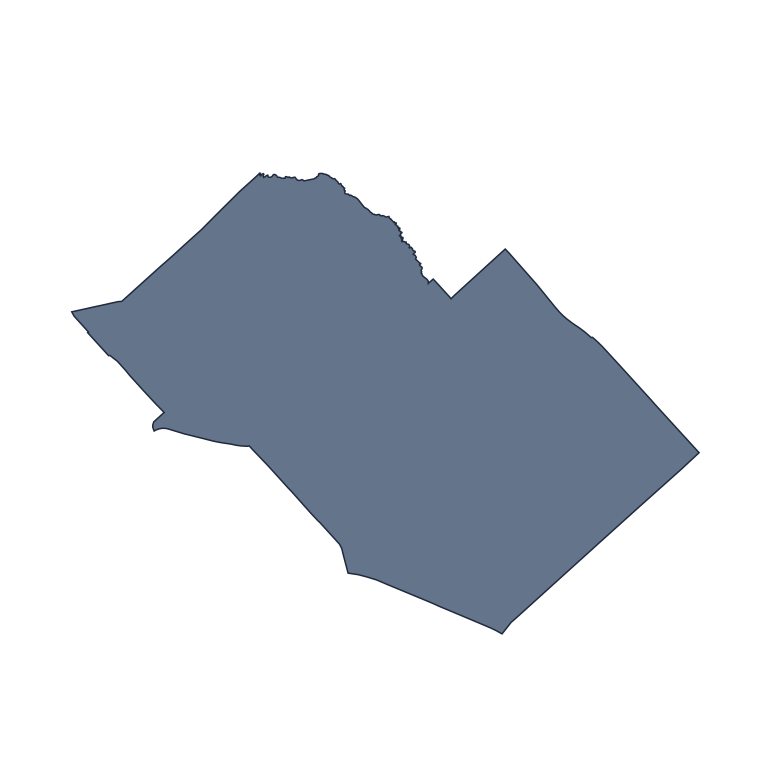 Greater Dandenong, Victoria, Australia (Mercator projection), rotated 309°
{"feature_id": "25037944B63075132073997", "entity_name": "Greater Dandenong", "entity_type": "district", "adm_level": 2, "iso_a3": "AUS", "parent_name": "Australia", "parent_adm1": "Victoria", "projection": "mercator", "projection_center": [145.221, -38.001], "detail": "fine", "context": "isolated", "style": "filled", "palette": "slate", "viewbox_px": 768, "rotation_deg": 309, "n_neighbors": 0, "source": "geoboundaries", "source_scale": "gbopen_adm2", "svg_char_len": 5989}
<svg xmlns="http://www.w3.org/2000/svg" viewBox="0 0 768 768"><g transform="rotate(309 384 384)"><path d="M499.4,200.5L493.2,195.4L492.7,195.1L491.5,193.9L491.4,193.5L491.5,192.6L491.3,192.0L491.3,191.6L489.1,190.4L488.5,189.4L488.0,188.9L488.0,188.1L488.1,187.1L488.7,184.7L488.2,184.1L485.8,182.3L485.6,182.0L485.3,180.2L485.1,179.9L484.3,179.5L483.8,178.0L483.7,177.8L483.7,177.6L483.5,177.3L483.1,177.0L482.8,177.0L481.8,177.6L481.5,177.6L480.6,176.2L480.1,175.7L479.9,175.6L479.7,175.2L479.4,174.6L479.2,173.6L479.0,172.9L478.3,171.9L478.0,171.7L477.7,171.0L477.8,170.5L478.2,169.9L478.4,169.4L478.2,167.6L478.0,167.2L477.9,166.9L477.0,166.2L476.3,166.4L475.5,166.4L474.1,166.2L473.5,165.9L472.3,164.6L472.2,164.1L472.2,163.7L472.3,163.5L473.2,162.3L473.2,162.2L472.0,161.5L471.4,161.3L470.6,161.3L468.9,160.5L469.0,160.4L469.3,160.0L469.4,159.6L469.9,159.0L470.8,158.9L471.2,158.8L471.5,158.4L471.6,158.1L471.3,158.0L470.9,157.5L469.8,156.8L469.5,156.8L468.4,157.3L468.2,157.2L468.0,156.9L468.0,156.7L468.3,156.1L468.5,155.9L469.3,155.6L469.6,155.3L469.9,154.9L469.7,154.7L469.4,154.6L468.4,154.6L461.4,153.6L443.2,150.7L409.2,147.0L389.2,145.0L365.9,141.3L350.9,139.1L335.3,136.4L283.2,128.2L280.8,125.6L243.6,95.9L243.2,96.7L241.7,100.5L241.5,101.7L238.4,121.6L237.4,121.4L232.7,152.1L233.7,153.1L233.8,158.9L233.9,162.0L233.8,162.9L231.9,174.9L231.2,178.1L230.5,181.6L227.3,202.3L225.0,218.4L223.5,231.0L209.7,228.9L207.1,229.9L206.2,230.4L205.3,231.1L204.7,231.8L203.9,233.0L202.8,235.0L204.3,235.5L207.5,237.4L210.0,239.5L211.9,242.0L213.1,244.2L219.7,260.5L232.3,287.5L234.1,291.0L236.8,295.9L238.5,298.7L241.1,303.2L243.5,307.9L244.9,310.2L246.0,312.0L249.3,316.6L249.9,317.3L250.5,317.7L251.1,318.0L250.3,323.2L247.5,345.2L242.8,375.4L242.2,380.2L237.6,408.0L236.0,419.7L236.1,420.5L231.5,450.3L229.5,454.8L225.6,459.9L214.4,475.1L219.6,484.0L223.0,491.5L227.0,501.4L230.5,513.6L244.0,559.3L246.4,568.4L253.8,593.7L254.8,597.1L261.5,620.4L262.7,625.4L264.1,633.0L278.7,632.8L285.7,634.0L395.9,651.2L448.9,659.6L504.3,668.6L528.9,672.1L538.8,606.6L539.5,602.8L546.7,556.0L550.4,530.9L551.1,524.4L551.5,516.7L550.5,515.7L550.8,507.9L550.6,501.3L549.8,492.1L549.6,485.4L549.8,479.6L550.3,475.0L551.7,467.5L556.6,444.3L557.4,440.4L564.4,399.2L565.2,393.3L550.3,391.0L498.9,383.2L494.4,382.6L492.5,382.5L492.7,381.7L494.5,369.8L495.3,364.6L496.5,356.2L496.1,356.1L490.1,355.1L491.1,354.4L491.4,353.9L491.8,353.2L491.9,353.3L492.3,352.0L492.4,351.0L492.4,349.8L492.3,348.2L492.4,347.0L492.4,346.3L492.7,345.4L492.9,344.8L493.1,344.4L493.5,344.2L493.5,343.9L493.5,343.4L493.6,343.0L493.8,342.9L494.4,342.9L494.8,342.8L495.0,342.4L495.2,341.7L495.8,341.3L496.2,341.1L497.2,341.1L497.5,341.0L498.1,340.6L498.6,340.2L498.7,339.5L498.6,337.9L498.6,337.5L498.8,336.9L498.9,336.6L499.2,336.5L499.5,336.5L500.2,336.9L500.5,336.9L500.8,336.7L500.5,335.9L500.5,335.2L501.0,329.8L502.8,329.4L503.6,327.3L503.5,326.5L503.1,325.6L503.1,325.4L503.1,325.2L503.4,325.0L504.0,324.8L504.3,324.9L505.1,325.3L505.6,325.4L506.2,325.3L506.5,325.0L506.6,324.7L506.2,322.8L506.2,321.9L506.4,321.6L507.1,320.9L507.2,319.9L507.3,318.9L507.2,318.8L506.8,318.7L505.9,318.2L505.7,318.0L505.7,317.9L505.9,317.7L506.4,317.7L506.8,317.5L507.6,316.6L508.0,315.8L507.9,315.3L507.9,314.9L507.2,313.6L507.2,313.2L507.3,312.7L507.3,312.4L507.5,312.2L508.1,312.1L508.3,311.7L508.2,311.6L507.8,311.5L507.6,311.3L507.5,310.3L507.2,309.5L507.1,309.4L506.6,309.2L506.0,308.3L505.9,308.0L506.1,307.8L506.4,307.6L507.2,307.8L507.7,307.7L509.1,307.1L509.7,306.6L509.8,306.4L509.7,306.2L509.2,305.8L508.7,306.3L508.3,306.5L508.0,306.6L507.8,306.5L507.9,306.2L508.3,305.2L508.7,304.9L509.4,304.5L509.7,304.1L509.7,303.8L509.6,303.6L509.0,303.1L508.9,302.8L509.4,302.7L510.1,303.2L510.3,303.1L510.9,302.6L511.4,302.3L511.9,302.4L512.6,302.8L512.8,302.8L513.0,302.6L513.1,302.4L513.1,302.2L512.8,301.6L512.9,301.2L512.9,300.3L513.1,299.5L513.0,299.3L512.7,299.1L512.8,298.7L513.2,298.5L514.0,298.8L514.4,298.8L514.9,298.5L515.1,298.2L515.1,297.9L515.0,297.6L514.7,297.3L514.2,297.2L514.1,296.8L514.2,296.6L515.3,295.6L515.3,295.4L515.0,294.6L515.3,293.7L515.3,293.3L515.1,292.6L515.1,292.3L515.4,292.2L516.3,292.5L516.6,292.4L516.8,292.2L516.6,291.6L516.3,291.0L515.8,290.4L516.4,290.0L516.1,289.7L515.9,289.1L516.0,288.3L516.2,287.3L516.1,287.0L516.1,286.9L516.3,286.2L516.5,285.9L516.5,285.3L516.3,284.1L516.4,283.9L516.8,283.0L517.1,282.7L517.3,282.4L516.2,281.4L515.5,281.0L515.0,280.5L514.8,279.7L514.7,278.6L514.2,277.3L514.1,277.0L513.0,276.1L512.7,275.6L512.6,274.7L512.9,274.3L512.7,273.5L512.5,273.2L512.1,273.0L511.5,272.3L511.2,272.1L510.8,272.0L510.6,271.7L509.9,270.6L509.8,270.2L509.9,269.8L509.8,269.7L509.5,269.4L509.3,268.9L508.9,268.1L509.2,267.5L509.0,266.6L509.2,266.3L509.0,265.0L509.1,264.6L509.3,264.0L509.4,263.6L509.4,263.2L509.4,262.5L509.6,261.9L509.4,260.9L509.4,259.9L508.9,257.8L508.9,257.5L509.6,254.4L509.7,253.5L510.0,252.6L511.1,247.7L511.2,246.2L511.0,244.1L510.7,243.1L510.2,242.2L510.1,241.7L510.1,240.7L509.9,239.5L509.8,239.3L509.3,239.0L508.9,238.8L508.8,238.6L508.8,238.4L509.2,237.1L509.2,236.8L508.0,235.4L507.8,234.9L507.6,234.3L507.7,233.4L508.0,233.0L508.5,232.7L509.4,232.5L509.7,232.2L509.5,231.5L509.6,231.2L510.6,230.3L511.4,230.2L511.1,229.1L511.6,227.9L511.3,227.2L511.7,226.5L511.6,226.2L511.7,225.8L512.0,225.2L512.4,224.7L512.5,224.3L512.5,224.1L512.3,224.0L511.5,223.6L511.2,223.1L511.1,222.9L511.2,222.4L511.8,221.4L511.9,220.9L512.1,219.8L512.0,219.0L512.3,218.0L512.5,217.0L512.5,216.5L512.4,216.2L511.6,215.7L511.4,215.3L511.3,214.5L511.3,214.0L511.3,213.8L510.8,211.1L510.9,210.8L511.2,210.4L511.2,209.8L510.7,208.5L510.5,208.3L510.7,208.0L510.3,206.9L509.8,205.9L509.5,205.5L509.4,205.1L509.1,204.9L509.0,203.9L508.5,203.1L508.1,202.7L507.4,201.8L506.9,201.3L506.4,201.1L505.8,201.1L505.5,201.3L505.1,201.8L504.8,201.9L503.8,201.8L503.3,201.6L503.1,201.4L502.4,201.3L501.3,201.4L500.8,200.9L499.4,200.5Z" fill="#64748b" stroke="#1e293b" stroke-width="1.5"/></g></svg>